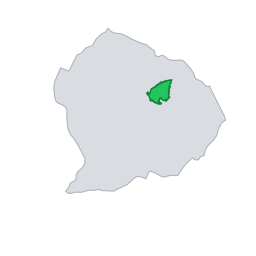 location of Gutu, Masvingo, Zimbabwe, rotated 294°
{"feature_id": "62879985B73698916591345", "entity_name": "Gutu", "entity_type": "district", "adm_level": 2, "iso_a3": "ZWE", "parent_name": "Zimbabwe", "parent_adm1": "Masvingo", "projection": "natural_earth1", "projection_center": [31.544, -19.591], "detail": "fine", "context": "in_parent", "style": "filled", "palette": "green", "viewbox_px": 256, "rotation_deg": 294, "n_neighbors": 0, "source": "geoboundaries", "source_scale": "gbopen_adm2", "svg_char_len": 5671}
<svg xmlns="http://www.w3.org/2000/svg" viewBox="0 0 256 256"><g transform="rotate(294 128 128)"><path d="M174.9,214.0L173.0,212.5L170.4,211.6L167.0,211.1L162.6,211.3L157.3,212.1L151.5,211.1L145.3,208.4L140.2,207.5L134.1,208.6L133.8,208.7L132.8,207.7L131.1,205.8L128.3,205.4L127.5,204.9L126.9,204.2L126.5,203.2L126.3,202.2L126.8,198.9L126.5,198.6L125.8,198.2L124.2,197.8L120.6,196.3L115.9,194.8L108.4,193.3L105.5,192.9L104.8,192.4L104.0,191.2L102.5,187.4L101.1,184.9L97.9,181.1L97.4,179.9L97.5,176.9L97.7,174.4L98.1,172.3L97.9,170.4L97.8,167.9L97.9,166.3L97.5,165.6L96.3,165.1L93.0,164.9L88.9,165.0L88.8,162.5L88.4,158.7L87.6,156.5L86.7,155.4L84.8,154.2L81.0,152.6L75.9,150.1L71.5,146.4L66.4,141.9L64.8,141.1L63.0,136.8L60.1,129.4L60.2,127.0L59.8,125.8L57.0,122.2L56.4,120.3L55.9,118.4L51.5,113.2L50.0,110.9L48.8,107.9L47.7,105.5L46.7,104.6L45.4,103.0L44.6,101.1L44.1,99.8L44.5,97.9L44.9,96.7L49.0,98.0L51.3,98.1L53.1,97.5L55.3,98.3L57.9,100.7L60.8,101.2L63.9,99.7L68.1,100.1L73.4,102.5L77.7,103.0L82.9,100.9L87.5,95.0L91.8,89.5L96.1,83.2L98.6,78.0L102.4,73.9L107.4,70.7L112.5,67.9L120.3,64.6L121.8,61.9L122.3,58.9L122.3,54.7L122.7,52.0L123.5,50.8L124.8,49.8L126.5,48.6L131.6,45.4L135.9,43.4L141.2,42.1L146.9,42.1L152.4,42.0L155.6,42.0L155.6,46.0L155.9,50.5L156.5,51.0L160.7,51.1L167.3,51.4L173.8,51.7L177.9,55.0L179.3,55.7L183.5,56.5L189.0,62.0L195.5,62.5L200.0,64.2L204.0,66.1L206.3,68.3L207.8,68.8L209.8,69.0L210.8,69.2L210.5,70.8L209.2,73.6L209.4,77.5L211.2,82.9L211.4,87.6L210.8,96.0L210.8,104.0L211.0,106.9L211.3,108.8L211.7,109.9L211.6,111.1L210.5,114.5L209.7,118.0L209.6,119.5L209.3,120.5L208.6,121.4L205.8,123.0L205.3,124.0L205.3,125.9L205.7,127.4L206.7,128.0L208.0,128.9L208.5,130.0L208.5,131.2L208.1,133.5L207.0,137.3L208.1,141.6L209.4,144.4L211.1,147.6L211.9,149.6L211.8,151.0L211.5,152.4L208.9,158.3L207.0,162.0L204.6,165.9L201.6,168.4L200.8,169.6L200.4,171.0L200.6,173.9L200.4,177.0L197.8,181.7L199.4,185.8L199.0,186.2L198.1,186.8L194.4,191.4L190.5,196.0L187.7,199.4L184.6,203.3L181.0,207.6L178.0,211.3L174.9,214.0Z" fill="#d9dde1" stroke="#a8b0b8" stroke-width="1"/><path d="M189.6,148.3L189.6,148.0L189.6,147.8L189.5,147.7L189.3,147.5L188.6,146.9L188.5,146.6L188.2,145.8L188.1,145.6L188.0,145.4L187.9,145.3L187.6,145.2L187.2,144.8L187.1,144.7L186.9,144.6L186.9,144.4L186.7,144.3L186.7,144.2L186.4,144.0L186.4,143.9L186.5,143.4L186.5,143.1L186.4,143.1L186.2,143.0L186.0,142.8L185.8,142.8L185.8,142.7L185.7,142.6L185.6,142.4L185.4,142.4L185.3,142.2L185.2,142.2L185.0,142.3L184.9,142.3L184.6,142.2L184.5,141.9L184.5,141.6L184.4,141.2L184.1,141.1L184.0,140.8L183.9,140.8L183.8,140.7L183.7,140.7L183.4,140.7L183.4,140.2L183.3,139.9L183.3,139.7L183.2,139.4L183.3,139.3L183.3,139.2L183.2,139.1L182.9,139.2L182.7,139.2L182.3,139.1L182.1,139.2L181.9,138.9L181.8,138.7L181.7,138.8L181.4,138.9L181.4,139.0L181.3,138.9L181.1,139.0L181.0,138.9L180.9,138.8L180.9,138.7L180.6,138.2L180.4,138.0L180.3,137.9L180.2,137.9L180.0,137.7L180.0,137.4L179.9,137.3L179.7,137.3L179.6,137.2L179.4,137.2L179.2,137.0L179.1,136.9L178.9,136.9L178.8,137.0L178.7,137.1L178.4,136.8L178.4,136.6L178.2,136.5L178.1,136.8L178.1,137.0L177.9,136.9L177.6,136.9L177.4,136.8L177.2,136.7L177.0,136.4L176.9,136.3L176.8,136.2L176.6,136.0L176.6,135.9L176.4,135.9L176.3,135.7L176.2,135.7L175.9,135.4L175.7,135.3L175.6,135.2L175.4,135.0L175.3,134.9L175.0,134.8L175.0,134.7L174.8,134.5L174.7,134.5L174.4,134.4L174.1,134.2L173.9,133.9L173.7,133.8L173.5,133.7L173.4,133.6L173.2,133.6L172.9,133.5L172.8,133.4L172.1,133.4L171.8,133.4L171.3,133.5L170.6,133.6L169.0,133.9L168.9,133.9L168.6,133.9L168.7,133.7L168.5,133.1L168.5,132.3L168.7,131.3L168.1,131.3L167.4,131.1L167.0,132.0L167.0,132.3L166.4,132.3L166.5,132.5L166.7,133.0L166.8,133.6L166.4,133.6L162.2,137.3L163.5,137.6L163.6,137.9L163.4,138.1L163.4,138.5L163.1,138.4L162.6,138.3L162.5,138.6L162.5,138.9L162.5,139.0L162.7,140.1L162.7,140.6L162.7,140.9L162.6,141.1L162.5,141.3L162.5,141.5L162.2,141.8L162.2,142.1L162.0,142.3L162.2,142.8L162.5,143.6L162.4,144.1L162.4,144.8L162.2,145.0L162.2,145.3L162.2,145.6L162.3,145.8L162.4,146.3L163.7,145.6L163.7,145.9L163.6,146.2L163.6,146.7L163.4,146.8L163.3,147.3L163.0,147.6L163.0,147.9L163.2,148.1L163.3,148.2L163.5,148.4L164.0,148.2L163.9,147.6L163.8,146.8L164.4,147.4L164.4,146.3L164.6,146.1L164.8,145.8L164.9,145.6L164.9,145.3L165.5,145.6L166.3,145.4L167.4,145.0L167.8,144.8L168.0,144.9L168.0,145.0L168.3,145.2L168.3,145.3L168.4,145.6L168.5,146.1L168.8,146.4L168.6,146.7L168.1,147.0L167.9,147.7L167.7,148.1L167.7,149.0L167.8,149.1L167.8,149.7L167.9,150.6L168.1,151.1L169.3,150.8L169.3,151.1L168.4,151.7L168.5,152.0L168.4,152.1L168.5,152.2L169.4,152.0L170.1,152.6L170.9,152.5L171.1,152.7L172.0,152.9L172.2,153.0L172.6,153.4L172.9,153.6L173.1,153.5L173.1,153.4L173.1,153.1L173.2,152.9L173.2,152.7L173.3,152.6L173.4,152.4L173.4,152.2L174.1,151.9L175.2,151.5L175.4,151.8L176.2,151.0L176.3,151.0L176.5,150.9L176.6,151.1L176.8,151.1L177.0,151.2L177.3,151.2L177.6,151.0L178.0,150.8L178.0,150.6L178.4,150.4L178.7,150.3L178.9,150.3L179.1,150.4L179.3,149.8L179.5,149.9L179.8,149.8L180.0,149.8L180.0,149.7L180.3,149.5L180.5,149.6L180.5,149.8L181.2,149.8L181.2,149.7L181.6,149.5L181.9,149.5L182.0,149.4L182.2,149.0L182.2,148.9L182.3,148.8L182.4,149.0L182.5,149.1L182.8,149.3L182.9,149.2L183.0,149.3L183.0,149.2L183.1,148.9L183.1,149.0L183.2,148.9L183.3,148.9L183.5,148.7L183.9,148.6L184.0,148.6L184.3,148.6L184.5,148.6L184.8,148.7L185.1,148.8L185.3,148.8L185.6,148.8L185.8,148.8L186.1,148.9L186.3,148.9L186.6,148.7L186.9,148.7L187.1,148.7L187.3,148.6L187.6,148.5L187.8,148.5L188.1,148.5L188.4,148.5L188.6,148.4L188.8,148.4L189.1,148.3L189.4,148.3L189.6,148.3Z" fill="#22c55e" stroke="#15803d" stroke-width="1.5"/></g></svg>